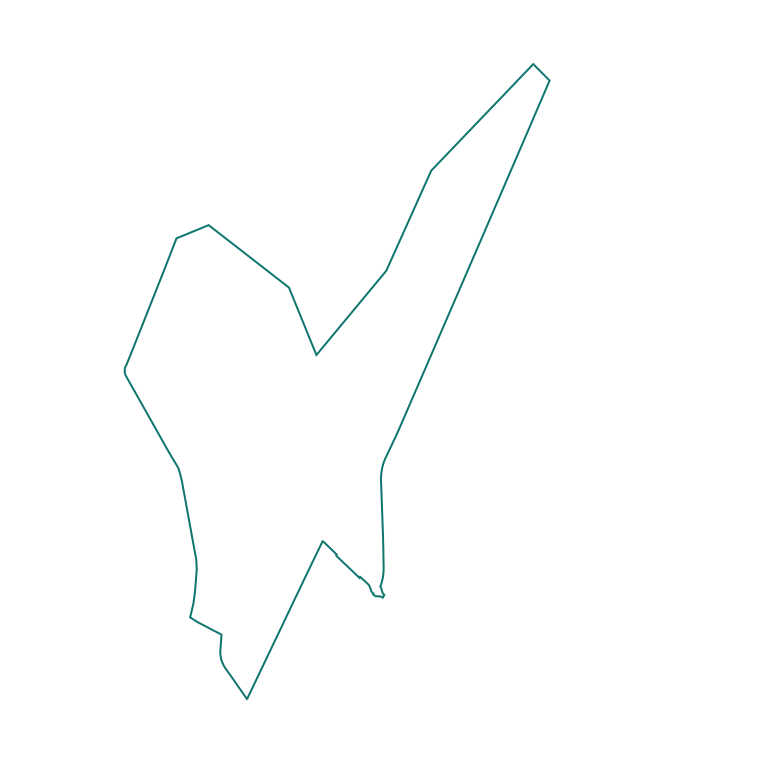 the district of Almere, Flevoland, Netherlands, rotated 68°
{"feature_id": "6326949B15537896627734", "entity_name": "Almere", "entity_type": "district", "adm_level": 2, "iso_a3": "NLD", "parent_name": "Netherlands", "parent_adm1": "Flevoland", "projection": "equal_earth", "projection_center": [5.3, 52.443], "detail": "fine", "context": "isolated", "style": "outline", "palette": "teal", "viewbox_px": 768, "rotation_deg": 68, "n_neighbors": 0, "source": "geoboundaries", "source_scale": "gbopen_adm2", "svg_char_len": 3789}
<svg xmlns="http://www.w3.org/2000/svg" viewBox="0 0 768 768"><g transform="rotate(68 384 384)"><path d="M527.8,651.2L530.7,649.1L530.9,648.9L531.8,648.3L532.0,648.1L532.4,647.9L535.5,645.6L539.8,641.9L546.6,636.2L554.3,629.6L554.7,629.3L554.8,629.2L555.2,628.9L555.4,628.7L555.6,628.6L558.6,630.1L559.9,630.7L561.1,631.3L561.3,631.4L567.7,634.5L569.0,635.2L570.3,635.8L571.7,636.4L572.8,636.8L574.6,637.3L575.9,637.6L576.1,637.7L576.6,637.7L576.8,637.8L577.7,637.9L578.3,638.3L579.0,638.1L580.1,638.2L581.3,638.2L582.8,638.2L583.6,638.1L584.7,638.1L585.6,638.0L586.6,637.9L587.4,637.7L588.4,637.5L597.9,635.2L624.7,629.1L624.4,628.3L624.2,628.2L623.7,627.8L620.6,624.3L620.4,624.2L620.2,623.9L620.0,623.7L606.9,609.4L600.4,602.3L594.0,595.3L587.6,588.3L586.9,587.6L581.7,581.9L581.2,581.3L568.4,567.3L566.3,565.1L564.9,563.5L563.1,561.6L562.4,560.8L562.0,560.4L561.9,560.3L561.8,560.2L561.4,559.7L561.1,559.4L558.6,556.6L557.6,555.6L555.3,553.1L548.9,546.1L542.3,538.8L535.7,531.7L530.1,525.5L522.6,517.3L517.3,511.4L516.9,511.0L515.0,508.9L514.6,508.5L514.3,508.1L514.1,507.9L513.8,507.5L513.6,507.3L511.6,505.1L506.8,499.8L507.2,499.5L508.4,498.9L509.5,498.3L510.7,497.8L512.1,497.2L513.3,496.6L514.5,496.1L516.6,495.2L518.4,494.4L520.8,493.3L523.0,492.4L524.3,491.8L524.5,491.7L525.1,492.4L525.3,492.6L525.9,492.3L526.0,492.3L526.9,491.9L527.0,491.9L527.3,491.7L528.4,491.2L534.3,488.6L534.5,488.5L534.7,488.4L535.2,488.2L535.9,487.8L554.2,479.5L554.7,479.3L554.6,479.2L554.3,478.9L553.9,478.4L555.9,477.4L556.0,477.4L557.2,476.8L557.5,476.6L559.5,475.7L561.6,474.7L563.3,473.9L564.4,473.5L565.5,473.2L566.9,473.2L567.0,473.2L568.8,473.2L570.5,473.3L571.2,473.4L572.0,473.3L572.7,473.1L574.3,472.3L575.0,472.9L576.3,472.1L576.5,472.1L577.0,471.8L577.3,471.5L577.7,471.2L577.9,470.6L578.8,468.6L579.6,467.1L579.8,466.9L579.9,466.6L580.1,466.3L580.5,466.0L581.2,465.3L581.6,465.1L579.7,462.7L578.8,463.2L578.2,463.3L577.6,463.5L577.0,463.5L576.5,463.5L576.0,463.5L574.0,463.3L572.8,463.1L571.9,463.0L571.7,463.0L571.0,463.2L570.4,463.3L570.1,463.0L569.3,462.3L568.6,461.7L567.9,461.1L567.1,460.4L566.8,460.2L566.3,459.8L565.5,459.3L565.2,459.1L565.0,458.9L564.7,458.7L563.8,458.1L563.0,457.6L562.1,457.0L561.2,456.5L560.3,456.0L559.4,455.5L558.5,455.1L557.5,454.6L556.6,454.2L556.0,453.9L555.0,453.5L554.0,453.1L553.0,452.7L552.0,452.3L549.9,451.5L546.2,450.1L545.7,449.9L545.0,449.6L540.0,447.7L536.4,446.3L535.9,446.1L535.0,445.8L534.1,445.4L533.7,445.3L532.8,445.0L532.4,444.8L531.5,444.5L530.0,443.9L525.0,442.0L520.0,440.2L515.0,438.4L503.8,434.3L503.7,434.3L503.2,434.1L478.1,425.0L477.2,424.7L476.7,424.5L476.2,424.3L473.6,423.4L473.2,423.3L472.2,422.9L471.2,422.5L470.2,422.1L469.3,421.6L468.3,421.2L467.4,420.8L466.5,420.3L465.5,419.8L464.7,419.3L463.8,418.8L462.9,418.2L462.0,417.7L461.3,417.2L460.4,416.6L459.6,416.0L458.8,415.4L458.0,414.8L457.2,414.1L456.5,413.5L455.8,412.9L455.0,412.1L454.4,411.5L453.7,410.9L453.1,410.2L449.7,406.5L449.5,406.3L443.1,399.3L442.5,398.7L442.1,398.3L441.9,398.1L435.8,391.4L422.7,378.0L336.6,290.7L286.2,239.6L210.6,163.1L164.7,116.8L143.3,125.8L160.2,163.2L172.8,191.3L194.7,239.9L203.9,260.3L213.5,270.3L222.4,279.6L225.1,282.4L233.3,290.9L279.8,339.4L284.9,348.8L302.2,380.9L324.9,423.0L326.7,426.4L331.8,435.8L259.0,436.0L171.0,487.1L171.2,521.8L195.1,544.3L226.9,574.6L254.7,601.1L259.6,605.8L260.4,606.5L260.5,606.6L261.1,607.2L263.8,609.8L266.3,612.3L268.9,614.7L272.1,618.3L276.3,620.1L279.7,620.3L303.1,617.2L339.5,612.5L361.5,609.7L373.2,608.0L384.5,606.2L389.2,606.5L390.8,606.7L398.0,607.7L410.0,610.2L411.2,610.4L443.6,617.1L447.5,617.9L473.2,623.2L476.4,623.8L485.8,627.1L500.7,634.5L506.5,637.4L511.0,640.0L513.0,641.2L515.9,642.8L525.2,649.3L525.9,649.9L527.8,651.2Z" fill="none" stroke="#0f766e" stroke-width="2"/></g></svg>